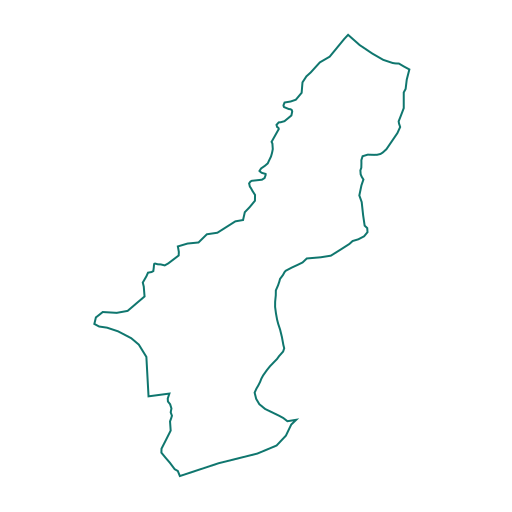 outline of Carnot, Mambéré-Kadéï, Central African Republic, rotated 266°
{"feature_id": "33826404B21992681295318", "entity_name": "Carnot", "entity_type": "district", "adm_level": 2, "iso_a3": "CAF", "parent_name": "Central African Republic", "parent_adm1": "Mambéré-Kadéï", "projection": "natural_earth1", "projection_center": [16.19, 4.73], "detail": "fine", "context": "isolated", "style": "outline", "palette": "teal", "viewbox_px": 512, "rotation_deg": 266, "n_neighbors": 0, "source": "geoboundaries", "source_scale": "gbopen_adm2", "svg_char_len": 2647}
<svg xmlns="http://www.w3.org/2000/svg" viewBox="0 0 512 512"><g transform="rotate(266 256 256)"><path d="M431.4,422.0L434.7,416.8L438.0,412.0L438.4,408.4L439.0,405.8L442.8,396.6L449.8,386.2L459.1,374.2L470.2,363.3L466.5,359.3L449.7,343.4L444.7,333.2L435.3,323.4L431.7,318.8L426.0,314.5L415.6,312.9L409.1,306.6L407.7,301.3L407.2,296.1L407.1,295.2L404.8,294.1L404.1,293.9L402.7,294.3L402.4,294.8L401.4,296.8L400.3,299.0L400.0,300.7L399.2,301.8L397.7,302.2L396.5,301.9L393.7,301.1L388.5,293.8L387.7,289.9L387.7,288.0L385.4,285.6L384.8,285.7L383.2,286.1L382.4,287.2L381.1,287.6L368.8,279.5L367.0,280.2L361.5,280.2L359.2,279.6L357.2,279.0L354.2,277.9L350.0,275.5L347.6,274.2L345.3,271.1L343.0,267.2L340.6,265.4L339.3,266.6L338.5,267.7L337.2,271.3L336.2,271.3L333.2,270.0L331.7,267.3L331.3,257.0L330.6,255.6L328.9,254.2L325.7,254.7L324.2,255.6L321.0,257.1L317.0,259.3L311.2,258.8L305.1,253.0L300.5,247.9L292.8,245.6L292.0,237.8L281.9,219.1L281.1,208.5L273.5,199.6L273.2,188.6L271.0,178.7L268.5,179.0L265.4,179.3L261.9,178.9L254.7,167.9L253.0,164.3L254.3,160.2L254.5,157.7L255.5,154.8L255.3,154.0L254.1,153.6L251.5,153.2L248.1,152.5L247.3,150.7L246.9,147.1L243.5,145.3L237.4,141.2L233.3,141.9L223.4,142.0L217.9,134.5L210.2,124.1L209.0,113.1L210.8,99.2L209.0,96.6L205.9,92.0L199.5,90.0L196.6,94.6L194.9,102.4L190.5,113.1L182.7,125.8L175.8,132.9L163.0,139.6L123.5,139.0L124.8,160.0L119.9,158.0L117.0,158.0L114.1,160.0L109.8,161.0L106.0,160.0L102.5,161.0L99.9,160.0L97.0,158.7L95.3,158.7L87.8,158.7L86.1,157.7L78.2,153.0L70.4,148.3L66.4,147.9L61.2,151.6L55.7,155.7L49.0,160.0L47.0,163.0L41.8,164.7L51.9,204.3L58.8,243.5L65.5,263.3L74.7,273.3L85.4,279.4L89.8,284.7L89.0,275.8L92.5,271.9L95.1,267.8L102.7,254.5L107.9,249.0L113.5,246.2L119.8,245.1L123.7,247.2L126.6,249.2L130.1,251.3L133.3,252.8L136.4,254.8L141.3,258.8L145.1,262.3L148.7,266.3L151.8,269.8L154.6,272.1L158.8,276.4L162.0,277.7L165.3,277.1L173.3,276.2L180.9,274.9L186.8,273.4L191.1,272.6L197.4,271.9L203.9,271.5L209.0,271.9L215.5,273.0L220.3,273.4L225.3,276.0L228.9,277.5L231.5,278.4L235.2,281.6L237.9,283.3L239.2,284.6L242.0,291.0L244.2,296.8L246.3,302.0L250.0,306.5L250.2,320.4L251.1,330.7L256.8,341.4L261.5,350.0L264.2,353.4L265.5,359.2L268.1,365.2L272.0,368.9L276.1,368.9L278.7,366.5L289.4,365.7L302.4,365.2L309.2,363.3L319.1,366.1L324.8,368.5L327.6,367.0L330.2,366.1L334.1,366.1L336.7,367.2L340.9,367.6L344.3,367.8L348.1,369.3L349.3,374.5L348.7,380.5L348.5,383.7L349.1,387.3L350.4,389.7L353.5,393.6L368.7,405.6L374.6,408.8L378.2,407.9L380.4,407.7L385.0,409.9L389.5,412.0L393.2,413.7L408.9,414.8L412.2,416.9L421.5,418.7L431.4,422.0Z" fill="none" stroke="#0f766e" stroke-width="2"/></g></svg>